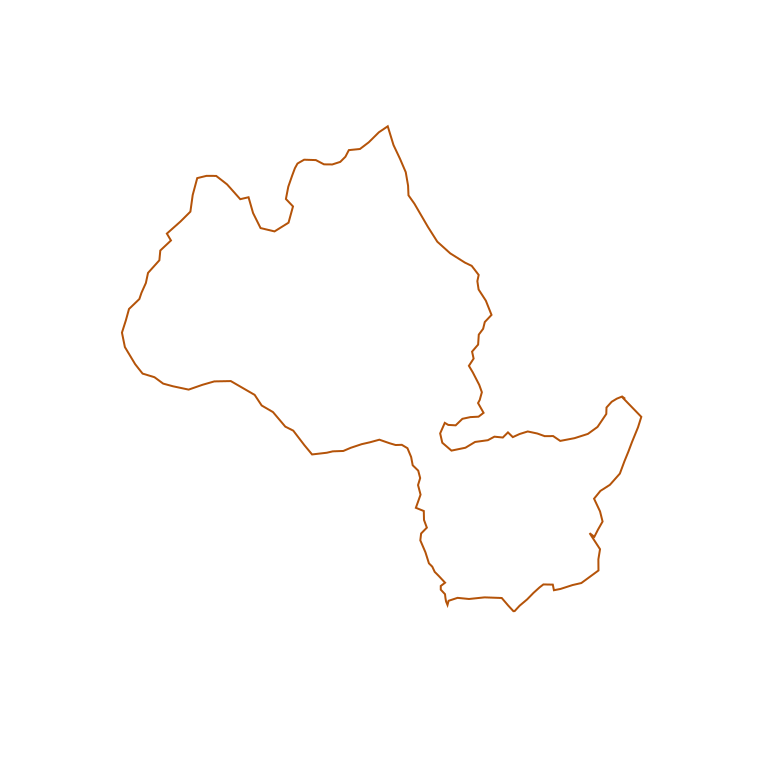 Avdellero, Larnaca, Cyprus (orthographic projection), rotated 237°
{"feature_id": "46923920B64317090827038", "entity_name": "Avdellero", "entity_type": "district", "adm_level": 2, "iso_a3": "CYP", "parent_name": "Cyprus", "parent_adm1": "Larnaca", "projection": "orthographic", "projection_center": [33.555, 35.006], "detail": "fine", "context": "isolated", "style": "outline", "palette": "amber", "viewbox_px": 768, "rotation_deg": 237, "n_neighbors": 0, "source": "geoboundaries", "source_scale": "gbopen_adm2", "svg_char_len": 2482}
<svg xmlns="http://www.w3.org/2000/svg" viewBox="0 0 768 768"><g transform="rotate(237 384 384)"><path d="M241.9,577.6L243.8,576.9L244.9,571.3L245.1,565.3L243.1,557.8L237.8,554.1L231.7,539.7L231.1,527.8L234.8,514.3L240.3,500.8L248.2,497.5L252.7,490.4L259.0,485.6L265.9,478.7L268.2,470.5L269.3,463.1L275.9,461.6L274.4,454.5L279.7,447.9L280.3,440.5L285.8,428.8L286.2,417.6L291.4,404.3L303.0,400.9L312.0,404.2L318.3,413.8L314.7,415.6L310.3,421.6L312.1,430.8L309.2,438.4L305.1,445.5L305.6,451.8L316.8,452.5L318.5,455.6L323.8,461.6L331.4,463.4L345.4,464.8L353.0,465.1L356.5,473.0L363.2,475.5L365.8,484.4L373.8,490.4L376.3,497.2L381.1,502.3L383.4,511.8L398.4,514.8L411.7,514.8L419.4,518.3L423.9,522.8L435.3,521.9L441.7,518.0L457.5,510.7L474.3,506.2L491.9,506.4L518.6,507.7L528.9,507.3L537.2,512.2L549.8,517.6L564.3,520.1L579.2,522.1L598.1,527.5L597.9,516.8L595.0,502.8L594.2,491.8L599.3,481.9L595.6,475.4L594.1,468.3L596.3,460.2L600.9,453.3L608.9,448.8L615.6,439.2L615.8,435.7L615.9,434.0L616.0,431.5L613.5,426.8L608.9,420.6L601.6,411.2L592.6,402.5L582.5,404.4L571.3,391.8L571.6,375.3L582.0,365.4L598.7,367.3L614.4,372.1L617.3,364.1L636.9,361.1L649.9,356.6L655.2,348.6L658.4,339.5L646.7,326.5L634.0,315.5L631.1,301.7L628.4,283.8L620.4,283.5L617.8,269.1L610.1,263.0L605.7,246.6L598.4,239.3L592.6,230.3L588.5,225.1L585.8,211.0L578.0,202.2L569.8,192.2L556.1,186.8L536.2,186.1L530.4,186.6L524.2,187.2L514.7,195.2L504.6,199.0L497.0,205.8L485.7,217.1L482.2,231.3L478.6,243.1L469.9,257.1L445.3,269.6L432.6,269.7L420.9,275.6L402.0,278.0L394.3,282.5L376.1,283.9L364.1,285.3L357.5,298.6L355.4,304.4L350.0,313.4L348.6,321.4L345.7,332.5L342.8,340.4L339.8,349.8L331.3,356.4L326.5,360.5L323.3,365.8L317.4,368.7L308.0,367.0L300.2,363.8L292.7,365.5L285.4,363.1L280.7,357.5L271.3,354.4L262.8,343.3L255.8,348.2L248.2,343.5L240.2,341.7L238.4,333.7L233.1,329.3L220.3,327.1L209.1,324.0L204.5,325.0L198.8,324.2L193.1,325.4L184.1,327.0L183.7,321.6L180.6,319.6L174.5,320.7L171.1,319.0L167.8,317.6L164.1,316.9L167.0,320.1L164.6,329.2L157.4,338.2L150.3,352.1L140.4,366.2L130.6,367.5L123.0,368.8L122.4,369.9L124.2,377.0L125.4,386.7L127.4,395.6L128.7,403.7L129.1,408.5L123.8,416.3L118.5,414.2L116.0,420.4L112.7,432.6L109.6,441.1L110.8,462.3L120.2,468.3L127.8,475.2L146.9,475.2L141.3,477.2L145.3,484.1L149.6,492.4L159.5,495.8L173.4,497.7L176.5,507.3L176.4,518.5L180.4,533.0L188.2,543.5L194.1,552.0L200.2,560.3L209.3,573.4L216.3,581.9L242.2,576.8L241.9,577.6Z" fill="none" stroke="#b45309" stroke-width="2"/></g></svg>